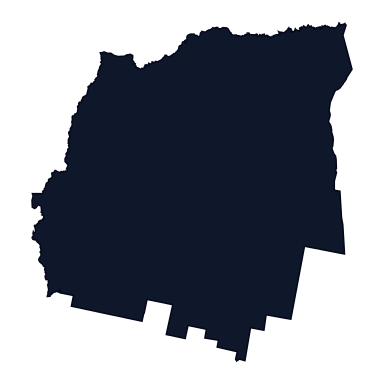 outline of Burruyacú, Tucumán, Argentina
{"feature_id": "61730980B16369231979992", "entity_name": "Burruyacú", "entity_type": "district", "adm_level": 2, "iso_a3": "ARG", "parent_name": "Argentina", "parent_adm1": "Tucumán", "projection": "mercator", "projection_center": [-64.978, -26.55], "detail": "fine", "context": "isolated", "style": "filled", "palette": "ink", "viewbox_px": 384, "rotation_deg": 0, "n_neighbors": 0, "source": "geoboundaries", "source_scale": "gbopen_adm2", "svg_char_len": 5660}
<svg xmlns="http://www.w3.org/2000/svg" viewBox="0 0 384 384"><path d="M346.1,25.1L345.1,24.6L344.9,23.5L343.5,24.3L340.5,24.9L340.0,24.6L339.4,23.1L338.9,23.0L338.7,24.9L337.9,25.3L337.5,26.2L336.1,27.5L335.1,28.0L331.6,27.3L330.2,28.1L329.0,26.8L328.0,27.2L327.6,26.2L325.6,26.7L325.6,25.6L325.2,25.4L324.3,26.0L324.6,26.8L324.4,27.0L323.4,26.3L322.0,26.1L321.9,27.5L321.3,28.9L320.8,29.2L320.7,28.7L319.9,28.4L320.6,27.3L320.2,26.9L316.6,27.8L315.0,29.2L314.5,29.0L314.9,28.5L314.7,27.9L313.6,27.4L311.5,27.4L311.3,26.1L309.8,26.5L308.6,25.7L308.3,25.0L307.8,25.2L306.8,27.3L306.1,27.7L303.6,25.9L302.3,28.5L301.5,28.7L302.0,27.4L301.7,27.0L299.8,28.0L299.6,28.4L300.3,29.8L299.3,30.5L299.2,31.1L295.7,29.6L295.3,28.9L294.3,31.5L293.1,31.7L292.7,32.4L292.3,32.3L291.7,30.8L291.1,31.4L290.6,31.0L291.3,29.7L291.0,28.9L290.1,28.6L289.3,29.2L288.8,27.8L287.9,28.9L288.1,29.7L286.3,30.6L285.8,32.4L285.1,31.9L283.4,33.0L282.0,32.3L279.7,32.2L278.7,31.7L279.1,32.6L279.0,33.4L280.1,33.9L279.7,34.9L276.8,34.6L274.7,35.3L274.6,36.1L273.5,35.7L273.5,36.7L272.0,36.5L270.7,37.9L269.9,37.4L269.8,36.7L267.8,36.8L267.9,35.6L266.5,35.3L266.3,36.1L265.4,36.5L264.1,34.2L263.7,34.7L262.3,34.5L261.8,35.9L261.3,35.4L260.1,35.3L260.1,34.8L259.7,34.6L259.1,36.0L258.0,36.0L257.6,36.4L256.9,35.3L257.3,34.5L256.6,34.1L254.7,34.9L249.8,34.6L248.8,33.0L247.2,33.1L247.3,34.3L245.0,34.7L244.4,36.1L242.3,35.7L241.7,36.6L238.0,35.5L236.9,36.2L236.3,35.0L233.0,35.2L231.4,34.2L231.0,32.9L230.1,32.3L227.9,28.7L226.7,27.9L223.0,27.6L220.2,29.0L218.3,28.3L217.2,27.3L213.7,28.2L213.0,27.6L210.8,29.7L210.1,29.6L209.6,30.2L208.6,30.0L205.2,32.2L201.9,31.4L200.4,33.3L200.2,35.1L199.3,36.7L198.4,37.1L197.1,35.5L195.0,35.4L194.1,34.1L190.6,34.1L188.3,35.0L187.5,35.6L186.9,37.0L186.9,38.6L187.5,39.7L185.4,40.2L184.7,40.8L185.6,42.7L183.6,41.8L182.5,42.1L181.8,45.5L181.1,45.2L179.2,46.2L178.6,49.1L177.4,51.0L176.0,52.2L175.6,53.3L173.7,53.7L173.2,54.4L172.0,54.9L171.5,55.8L170.4,56.0L169.4,57.1L166.8,56.0L166.2,55.2L165.0,55.3L164.5,56.7L162.7,58.3L161.8,59.7L160.2,60.4L159.7,61.1L159.0,61.0L158.1,61.8L155.6,61.4L155.3,62.3L154.5,62.3L153.9,62.9L152.9,62.0L152.1,61.9L152.1,62.7L151.7,63.3L149.9,64.3L148.9,63.2L148.2,64.6L148.3,65.6L146.1,64.7L144.9,65.3L145.6,66.9L144.4,66.9L144.1,67.9L142.7,68.5L141.9,68.3L140.6,69.3L137.5,67.7L136.2,67.9L136.0,66.1L134.8,64.5L135.2,63.8L134.0,63.4L134.1,62.3L133.0,61.3L132.3,59.3L132.7,57.7L132.7,55.5L130.4,54.3L126.1,55.1L125.5,55.8L124.3,56.2L118.2,56.5L114.2,55.5L110.9,53.3L107.6,53.3L104.0,51.9L102.2,52.7L100.3,52.8L101.2,55.0L101.3,59.4L101.8,59.8L102.0,60.5L100.7,62.1L101.4,62.7L101.5,64.5L100.6,65.5L100.3,66.6L99.7,67.0L99.8,68.0L98.5,70.7L97.6,74.9L98.7,75.4L98.4,76.1L97.8,76.5L97.5,77.5L96.4,77.9L95.0,79.7L95.4,81.3L93.8,82.1L92.8,83.6L91.2,83.4L89.5,86.3L88.7,86.2L88.0,86.9L88.4,88.2L86.8,94.9L82.7,97.4L82.2,100.4L81.6,100.2L81.0,102.5L79.5,102.2L78.7,103.2L79.0,104.8L77.6,106.3L78.0,109.9L77.6,110.6L77.6,112.1L76.2,114.0L75.5,113.9L74.6,114.3L74.5,115.5L73.5,116.2L72.7,115.9L72.2,116.7L72.4,120.1L71.8,121.9L72.3,124.1L71.8,126.4L70.3,128.6L70.7,129.4L70.4,129.8L70.5,130.4L68.8,132.2L68.7,133.1L69.9,136.9L68.9,138.3L69.1,139.2L68.4,139.5L68.4,140.7L68.8,141.2L68.5,141.7L68.9,141.8L68.8,142.8L68.2,143.2L69.4,145.3L68.6,145.6L68.6,146.2L69.4,146.9L69.2,147.8L67.8,149.3L67.7,150.1L68.2,151.1L67.6,151.7L68.1,152.7L67.1,152.4L66.0,153.9L66.7,157.0L65.7,157.2L65.0,159.0L65.1,161.6L65.8,162.4L66.6,162.7L66.9,163.8L68.0,164.3L68.0,165.5L66.6,168.8L67.2,168.8L67.4,170.0L67.0,171.0L65.6,171.0L64.1,171.7L63.3,171.3L62.4,172.3L61.3,171.5L59.6,172.5L56.4,171.2L55.8,170.5L55.0,170.5L53.9,172.4L51.9,173.0L51.8,174.3L52.5,176.5L52.4,177.1L51.8,177.2L51.7,178.2L50.5,178.3L49.7,179.1L49.2,179.0L48.6,179.8L48.7,180.7L48.3,181.2L48.6,182.0L47.5,182.9L47.0,182.8L46.1,184.0L45.3,187.8L44.3,188.8L44.4,190.1L42.7,191.4L43.1,193.6L32.4,193.6L33.1,196.1L32.0,200.4L32.3,207.2L34.7,208.5L36.3,207.3L38.1,204.8L41.1,206.1L41.6,211.5L41.2,211.9L41.7,212.0L41.8,212.9L42.4,213.5L42.4,214.9L42.1,215.0L43.3,215.7L44.0,216.6L43.4,218.3L42.6,219.3L43.4,219.4L42.5,220.3L40.4,220.4L38.8,221.4L38.4,222.3L38.7,223.3L37.3,223.8L36.2,225.5L35.1,225.2L35.0,225.9L34.4,226.0L35.3,228.3L35.5,230.6L35.2,232.1L34.3,233.1L33.7,233.0L33.3,232.0L33.0,233.5L33.5,235.5L32.1,237.6L33.0,239.4L36.4,240.2L36.8,241.5L39.2,243.6L40.5,245.4L40.1,247.2L40.8,248.7L41.1,251.4L40.1,252.0L41.0,253.4L41.1,255.4L39.0,258.7L38.8,259.9L39.6,261.8L42.7,264.4L43.6,266.2L45.3,267.1L44.6,269.7L45.3,271.0L45.2,272.6L46.4,274.4L45.2,275.8L45.3,277.8L46.0,279.6L47.8,279.7L48.8,280.6L48.2,281.8L48.6,283.0L47.7,284.8L48.5,288.6L48.6,290.7L47.9,292.0L48.1,293.0L47.3,296.5L50.1,296.2L50.8,294.7L51.6,294.0L51.7,293.3L52.3,292.9L52.6,293.3L53.5,292.2L55.7,291.9L56.4,291.2L57.6,291.5L58.1,292.1L59.2,292.0L59.1,291.3L59.9,289.6L60.2,289.8L60.4,290.9L60.0,292.8L73.5,295.5L71.4,306.2L142.0,321.2L143.8,312.9L144.2,313.0L147.0,299.4L172.8,304.7L166.3,334.5L185.2,338.5L188.0,325.4L206.4,329.2L204.9,338.0L218.5,340.2L217.2,347.1L237.3,351.7L235.6,359.3L236.6,361.0L239.5,359.1L244.9,360.7L250.5,327.7L263.9,330.2L266.1,314.8L290.8,319.2L304.5,246.2L344.5,254.0L342.8,224.8L341.5,217.6L339.9,191.2L334.5,190.3L334.3,188.6L334.3,181.1L336.5,172.5L335.5,170.2L336.4,168.3L336.1,159.7L335.5,156.0L333.8,153.7L331.9,148.6L332.0,147.6L332.7,146.1L333.3,139.8L333.0,137.0L331.5,131.7L331.6,129.7L330.8,125.6L328.4,121.5L330.0,116.1L330.1,113.9L329.1,110.8L330.2,102.5L334.3,92.6L335.3,90.6L336.2,89.9L337.3,89.8L339.9,88.0L343.2,83.7L343.4,82.8L344.5,81.9L346.2,79.2L346.8,77.4L352.0,69.3L342.9,35.2L346.1,25.1Z" fill="#0f172a" stroke="#020617" stroke-width="1.5"/></svg>